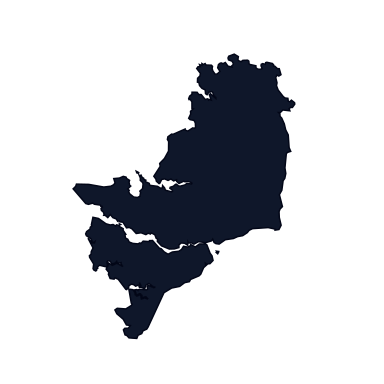 outline of Tiwi Islands, Northern Territory, Australia, rotated 314°
{"feature_id": "25037944B62285809064209", "entity_name": "Tiwi Islands", "entity_type": "district", "adm_level": 2, "iso_a3": "AUS", "parent_name": "Australia", "parent_adm1": "Northern Territory", "projection": "natural_earth1", "projection_center": [130.684, -11.553], "detail": "fine", "context": "isolated", "style": "filled", "palette": "ink", "viewbox_px": 384, "rotation_deg": 314, "n_neighbors": 0, "source": "geoboundaries", "source_scale": "gbopen_adm2", "svg_char_len": 6057}
<svg xmlns="http://www.w3.org/2000/svg" viewBox="0 0 384 384"><g transform="rotate(314 192 192)"><path d="M172.1,163.2L167.5,157.0L168.5,155.2L167.2,151.7L167.5,150.6L168.4,150.6L167.6,148.2L168.3,147.7L167.9,145.9L168.7,143.6L167.9,143.6L167.4,142.3L166.2,145.1L164.4,146.8L164.5,150.0L163.7,151.3L160.1,154.1L156.4,153.9L155.9,155.4L152.7,157.5L150.2,156.6L147.9,153.6L147.4,148.3L148.4,146.0L149.6,145.7L149.5,143.6L153.7,143.8L153.6,142.4L155.4,139.8L157.0,139.0L156.3,135.6L156.9,134.2L155.5,131.7L151.6,130.1L147.3,126.4L145.1,130.3L142.8,130.6L139.8,129.6L134.3,125.1L125.8,112.5L117.4,103.4L115.3,104.4L111.7,104.3L109.9,123.6L111.2,126.1L115.0,128.3L115.4,130.3L119.0,135.3L118.3,136.5L119.2,137.4L118.8,138.1L116.8,138.1L115.8,139.7L116.0,142.2L114.9,144.3L113.9,144.7L114.9,145.7L115.1,149.2L119.0,148.9L118.6,152.9L120.0,156.3L119.3,158.9L120.7,159.6L120.4,160.8L122.3,163.3L120.7,169.8L122.9,171.5L123.8,174.3L123.4,180.7L127.3,183.7L129.3,188.4L131.9,189.1L132.9,191.3L134.2,191.1L134.9,193.0L135.4,195.1L133.8,198.5L134.3,199.9L132.4,201.4L132.1,207.5L135.2,215.3L138.8,218.8L142.9,221.2L144.9,219.3L147.9,219.7L150.0,222.3L150.7,225.9L153.6,223.3L153.2,225.3L155.0,226.8L155.8,229.6L160.8,231.2L165.1,237.0L170.4,240.0L172.5,239.6L171.0,243.0L171.5,245.1L173.4,247.7L180.8,249.1L187.3,254.1L191.6,255.8L195.8,258.8L201.2,260.0L204.1,259.7L207.7,261.0L219.3,271.5L222.2,276.1L223.2,278.4L222.6,278.5L225.4,280.6L230.0,279.2L234.3,272.5L238.3,268.3L240.8,267.2L244.3,267.2L250.8,256.7L255.7,255.4L263.4,249.7L266.2,249.3L270.5,246.6L273.9,242.1L285.0,233.3L286.7,233.1L289.8,234.8L291.4,231.0L299.9,221.6L301.8,216.2L305.1,211.1L307.5,205.2L307.6,202.8L309.3,200.9L309.3,199.0L310.6,200.3L314.1,200.4L318.4,206.0L319.4,204.0L321.3,204.2L322.6,205.5L326.6,204.9L327.5,203.7L327.1,199.7L324.9,199.7L324.1,198.3L326.0,195.9L324.3,193.7L324.0,191.5L325.2,183.1L327.2,178.9L329.6,177.3L332.5,172.7L335.1,171.9L335.7,173.9L338.2,174.5L341.3,169.1L340.1,167.8L340.0,164.1L339.3,163.1L340.1,162.5L340.3,160.6L337.3,155.7L336.2,155.1L334.7,156.0L333.5,153.7L332.0,153.1L330.7,154.0L329.6,156.7L327.7,155.9L326.0,153.8L325.8,151.6L327.2,150.3L324.3,145.6L324.2,146.3L323.8,144.0L325.6,142.0L325.5,140.5L322.0,137.1L319.9,136.8L319.0,135.0L319.0,133.1L321.6,131.3L320.5,126.6L315.2,124.1L313.4,124.8L312.4,126.5L313.9,129.9L313.3,132.1L312.4,133.1L310.0,133.0L309.7,133.9L307.5,130.5L308.3,126.0L305.9,125.2L305.1,123.3L303.9,122.7L302.1,122.5L299.2,124.2L298.2,128.4L294.2,128.1L292.8,126.7L293.6,122.9L294.7,120.8L296.6,119.5L296.7,117.9L293.1,113.9L293.5,112.2L291.6,111.6L291.3,109.9L289.9,111.2L288.9,108.9L287.9,110.9L286.3,109.3L284.1,109.6L283.2,115.6L281.0,117.1L277.7,117.0L274.8,119.6L275.5,120.9L273.8,123.5L273.5,127.2L274.6,130.6L272.2,133.3L272.2,134.7L272.8,135.5L275.3,134.7L277.7,136.1L278.1,137.5L276.7,140.5L276.6,143.4L275.8,144.2L275.5,136.7L273.9,137.1L271.5,142.1L270.4,139.8L269.7,140.0L269.8,138.5L267.7,137.2L268.5,131.0L266.8,129.1L267.3,126.4L263.8,122.7L262.2,124.1L259.4,123.7L256.9,124.7L256.4,125.7L257.4,126.4L256.8,129.3L252.1,133.9L252.8,135.1L249.0,134.9L247.2,136.9L242.7,138.4L242.7,140.3L244.9,143.7L244.0,146.4L241.1,149.5L239.6,149.6L238.6,148.0L232.9,146.7L231.8,144.1L232.5,143.3L220.3,138.3L219.5,137.1L215.0,136.3L212.7,137.8L212.1,140.1L205.1,146.7L197.0,148.9L190.1,148.9L188.4,151.3L176.8,153.6L176.2,157.1L175.0,158.9L175.2,163.1L175.6,162.0L176.1,162.7L180.0,161.5L182.4,163.2L183.7,166.7L186.7,167.8L187.2,171.1L190.1,172.4L189.0,173.5L189.1,176.7L194.1,178.6L194.4,179.8L196.9,181.9L198.2,184.6L198.3,185.8L197.5,186.1L194.6,182.4L192.0,181.9L187.9,179.4L186.9,177.9L186.9,175.5L186.1,174.8L183.2,174.6L180.3,173.0L179.3,173.5L179.7,176.0L179.0,177.5L178.0,177.3L174.8,171.6L175.9,169.5L176.2,166.4L174.5,167.8L172.9,166.9L172.1,163.2ZM159.7,233.4L154.8,232.6L153.3,227.6L151.6,228.1L149.2,227.0L147.1,223.6L143.4,224.4L140.3,223.7L135.1,219.5L130.6,218.0L129.6,213.6L129.8,209.4L128.9,207.4L129.7,197.3L127.5,195.2L126.8,195.9L122.7,191.0L119.4,191.1L119.2,189.9L117.1,189.1L113.9,185.1L112.4,181.6L113.4,178.6L112.7,176.1L114.9,173.2L115.6,173.7L116.6,169.0L117.8,168.0L116.8,163.9L117.2,162.5L115.9,160.5L114.5,160.8L113.8,157.8L111.5,156.1L109.4,152.2L108.0,143.1L105.0,138.3L98.5,142.4L98.0,143.5L96.0,143.3L94.5,144.4L90.3,143.7L88.0,144.6L87.2,146.4L88.2,151.6L86.9,155.1L87.4,156.4L88.9,156.6L87.5,157.3L85.9,155.6L86.5,149.3L83.0,159.7L79.2,160.9L77.0,162.7L75.0,162.4L73.9,163.7L71.9,171.3L68.1,174.1L67.7,175.7L68.3,177.6L69.3,177.8L70.4,176.9L71.7,177.2L72.5,176.0L75.1,176.4L78.6,182.4L80.6,182.1L82.5,179.3L83.9,179.2L85.3,180.9L84.8,184.5L87.6,186.1L89.8,186.0L89.2,187.0L89.8,188.7L91.9,190.0L90.9,190.8L90.4,194.1L88.5,187.4L83.9,185.7L82.8,180.7L81.4,182.6L76.9,183.8L76.3,188.4L74.8,188.9L72.9,193.2L75.2,196.5L76.8,196.2L78.0,199.6L76.0,212.0L76.4,212.8L79.8,212.6L80.6,211.6L83.7,212.5L84.8,214.4L85.1,216.9L87.7,218.0L88.7,219.7L90.4,216.9L89.3,220.1L87.1,219.7L86.9,220.7L88.1,221.4L89.7,225.1L92.8,223.6L96.2,224.5L97.1,230.4L98.1,231.9L96.5,230.8L94.5,225.4L92.7,225.5L91.2,227.6L90.0,227.3L86.5,222.9L84.4,221.2L83.6,221.6L83.4,220.0L81.8,218.8L79.3,224.0L82.2,224.6L83.0,225.6L82.9,227.6L81.5,229.7L84.6,231.5L84.5,234.9L82.9,231.7L79.9,229.9L82.3,226.2L78.7,224.6L78.6,222.6L79.9,220.8L80.7,217.4L78.3,214.0L69.9,225.5L69.6,227.0L68.3,227.2L61.9,225.6L56.4,219.0L53.6,218.5L52.2,222.5L52.7,230.9L50.8,237.2L53.1,240.4L49.8,240.8L47.2,238.3L45.2,238.4L42.7,243.1L43.5,244.8L43.3,248.0L48.3,254.0L51.5,252.7L55.2,254.2L58.1,253.2L61.9,254.7L64.4,254.2L100.1,241.8L108.8,244.1L115.5,248.7L121.7,249.7L125.7,252.4L128.1,251.7L136.6,255.3L138.9,255.4L145.7,252.9L150.0,253.2L149.1,252.3L150.1,251.0L150.4,252.5L152.9,254.7L157.4,254.7L160.0,250.7L160.5,247.6L164.3,239.4L164.0,237.7L159.7,233.4ZM166.3,251.8L165.5,251.8L165.3,250.6L165.4,253.4L167.6,252.8L168.3,252.1L167.7,252.5L166.5,250.8L166.3,251.8ZM167.4,139.0L168.3,140.5L169.0,140.2L168.2,137.5L167.4,139.0ZM118.3,163.0L119.0,163.3L118.7,162.1L118.3,163.0Z" fill="#0f172a" stroke="#020617" stroke-width="1.5"/></g></svg>